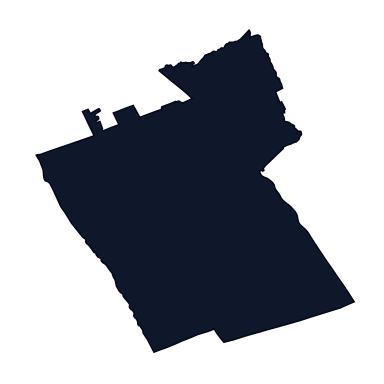 Bac Lieu, Bạc Liêu, Vietnam (orthographic projection), rotated 85°
{"feature_id": "81297802B6284379291034", "entity_name": "Bac Lieu", "entity_type": "district", "adm_level": 2, "iso_a3": "VNM", "parent_name": "Vietnam", "parent_adm1": "Bạc Liêu", "projection": "orthographic", "projection_center": [105.722, 9.268], "detail": "fine", "context": "isolated", "style": "filled", "palette": "ink", "viewbox_px": 384, "rotation_deg": 85, "n_neighbors": 0, "source": "geoboundaries", "source_scale": "gbopen_adm2", "svg_char_len": 5837}
<svg xmlns="http://www.w3.org/2000/svg" viewBox="0 0 384 384"><g transform="rotate(85 192 192)"><path d="M348.3,243.8L347.7,242.1L343.6,227.2L342.1,222.5L339.3,214.3L336.3,204.2L334.6,199.2L332.2,187.9L330.4,181.5L332.1,181.0L336.0,178.9L344.5,173.4L343.1,165.2L343.1,164.6L340.5,153.2L338.1,141.2L337.2,135.7L336.7,133.9L331.4,105.4L329.1,93.9L326.9,84.5L320.2,53.6L319.5,52.0L315.5,40.0L301.3,47.5L292.8,52.4L290.8,53.6L280.1,59.5L273.5,63.4L254.9,73.6L249.0,76.7L242.4,80.0L239.9,81.7L237.1,84.2L235.8,85.5L234.5,86.6L233.8,87.2L233.0,87.7L231.9,88.2L230.7,88.6L229.7,88.8L225.3,89.2L224.3,89.4L223.1,89.8L221.6,90.4L220.6,91.0L218.8,92.2L215.4,94.8L213.9,96.2L210.4,100.1L209.1,101.3L207.9,102.4L205.8,103.7L201.7,105.4L201.0,105.8L197.5,108.1L196.3,108.6L194.9,109.1L192.4,109.5L191.5,109.8L189.6,110.9L187.8,112.6L185.6,115.1L184.8,116.2L183.8,118.3L183.3,119.1L182.8,119.9L182.3,120.6L180.9,121.8L179.0,122.5L176.8,123.0L176.7,120.0L177.4,119.6L176.5,118.4L175.0,119.3L174.2,118.4L173.4,117.8L173.1,117.3L172.9,117.4L172.7,117.4L167.8,111.2L161.1,103.0L160.9,102.6L157.2,98.0L156.5,97.2L155.4,97.2L154.8,96.1L154.1,94.1L153.4,92.2L152.8,89.2L152.2,88.0L151.8,86.6L151.2,84.3L151.2,83.8L150.3,82.6L149.7,82.0L149.2,81.0L148.7,80.8L146.9,80.1L146.2,79.7L144.5,78.1L144.1,77.9L143.6,77.9L142.3,78.1L141.3,78.2L141.0,78.6L140.9,79.0L140.8,80.2L140.7,80.9L139.9,81.7L139.3,82.1L138.4,82.9L137.4,83.9L137.0,84.2L136.6,84.3L135.9,84.2L135.3,84.2L134.8,84.5L134.3,85.0L132.9,87.4L131.7,88.6L131.1,89.4L130.4,91.1L129.9,93.2L129.6,93.5L129.2,93.7L128.7,93.8L127.3,93.7L125.9,93.8L125.1,94.0L121.4,95.4L121.1,92.8L119.9,92.8L118.4,93.0L117.6,91.9L113.5,93.4L110.0,94.9L110.5,96.7L103.7,98.8L99.5,100.0L97.4,94.9L96.6,92.8L96.0,92.9L94.9,93.1L92.9,93.4L92.0,93.6L90.2,94.4L89.3,94.7L87.2,95.0L86.2,95.7L85.6,96.8L84.5,97.8L84.1,98.0L83.4,98.1L82.6,98.0L81.8,97.8L80.2,97.9L79.7,98.0L79.1,98.3L78.5,98.8L77.3,99.9L76.4,100.3L75.7,100.5L74.9,100.5L73.3,100.8L70.7,101.9L69.6,102.6L69.1,102.8L67.0,102.8L66.4,102.9L65.2,103.3L64.1,104.0L63.2,104.3L62.9,104.3L61.8,104.0L61.4,104.0L61.1,104.2L59.9,106.0L59.3,106.4L58.8,106.7L57.6,107.0L57.1,107.3L56.1,108.2L55.7,108.7L55.4,108.7L54.5,109.0L53.5,109.2L52.9,109.2L51.6,109.1L51.0,109.2L50.5,109.2L49.0,109.8L46.4,110.0L44.6,110.4L43.7,110.5L43.1,110.3L42.3,111.1L41.6,112.0L41.4,112.5L41.3,113.4L41.4,114.1L42.2,117.8L42.9,120.4L42.8,120.6L42.6,120.7L41.5,120.6L40.1,120.4L38.8,120.0L35.9,120.8L35.7,121.0L42.4,128.5L44.1,130.5L44.5,131.3L45.8,133.8L45.9,134.7L45.8,135.9L46.0,136.3L46.4,137.4L46.3,138.8L46.3,140.0L46.2,140.7L46.0,141.2L46.0,141.5L46.1,141.8L46.8,142.5L47.0,142.9L47.3,143.6L47.5,144.7L47.7,145.0L48.5,145.9L49.5,146.6L50.5,147.0L51.0,147.5L51.2,147.8L51.4,148.1L51.4,148.5L51.1,149.5L51.0,149.9L51.1,150.5L52.2,151.6L52.3,152.0L52.4,153.0L52.7,153.7L53.0,153.9L53.7,154.3L54.2,154.8L54.4,155.2L54.4,156.1L53.8,157.5L53.7,158.0L53.7,158.5L54.0,159.2L55.5,161.5L55.6,162.0L55.7,163.3L55.8,163.7L56.3,164.5L56.4,164.8L56.6,166.2L56.8,166.6L56.9,167.0L57.6,167.6L59.1,168.7L60.3,170.0L60.8,170.7L61.7,171.7L63.2,173.0L64.3,174.1L65.2,175.3L65.5,175.9L66.3,178.7L67.0,180.0L66.9,180.6L66.7,180.8L66.4,180.9L65.6,180.5L65.1,180.2L64.2,178.8L63.9,178.6L63.6,178.6L63.3,178.8L62.5,179.4L62.4,179.7L62.5,180.4L63.2,182.4L63.2,183.1L62.8,185.7L62.3,186.8L62.3,187.0L62.6,187.5L62.7,187.9L62.4,189.0L62.5,190.0L62.5,190.4L62.4,190.7L61.7,191.4L61.6,191.7L62.4,192.4L62.6,192.7L62.7,193.0L62.8,194.0L63.2,194.6L64.3,195.5L64.4,195.8L64.6,196.7L65.2,197.4L65.7,198.2L66.0,199.1L66.1,199.4L66.0,200.1L65.9,200.5L65.7,200.8L65.2,201.1L64.3,201.5L63.9,201.8L63.7,202.0L63.6,202.3L63.6,202.7L63.8,203.4L63.9,204.1L63.9,204.5L63.4,205.6L63.4,206.4L63.5,206.8L63.8,207.1L64.3,207.5L65.8,208.1L66.0,208.3L66.3,208.7L66.3,209.4L66.5,210.2L67.0,211.4L67.1,212.1L67.2,213.4L68.3,214.2L71.6,210.9L75.0,207.4L81.8,200.5L88.6,193.4L93.1,188.9L98.9,183.7L100.3,187.3L101.2,189.8L102.3,192.9L102.3,193.2L102.3,193.9L101.6,195.6L101.3,195.9L100.7,196.5L100.4,196.9L100.3,197.3L100.2,197.6L100.3,198.0L100.5,198.4L100.6,198.9L100.7,199.5L100.4,200.5L102.5,207.4L103.9,212.6L104.5,214.6L104.9,214.9L105.4,215.0L106.9,215.0L107.7,217.7L108.5,220.9L109.3,223.9L112.6,235.8L113.1,237.5L104.4,241.3L102.2,242.4L100.6,243.0L103.9,254.9L104.7,257.3L106.4,263.5L112.1,261.4L118.5,258.9L119.5,262.4L121.3,268.8L123.5,275.6L121.4,276.3L121.2,275.7L120.6,275.8L113.7,277.6L113.7,277.8L113.8,278.2L114.5,280.5L114.5,281.0L114.0,281.3L112.9,281.6L112.6,281.5L112.1,279.9L111.9,279.4L111.6,279.0L111.3,278.8L110.6,278.5L108.9,278.8L108.5,279.5L108.4,280.8L108.5,281.7L108.3,282.1L107.7,282.2L107.0,282.0L106.3,281.5L105.6,280.8L103.7,277.1L103.3,276.4L103.0,276.3L102.4,276.5L101.1,277.2L100.9,277.6L101.2,278.5L104.0,284.4L104.9,286.1L104.9,286.3L104.4,286.7L100.6,288.3L101.0,289.7L102.4,294.0L104.6,293.2L106.4,292.5L115.7,289.1L127.4,284.6L128.9,290.2L130.6,297.0L131.4,300.0L132.5,304.7L133.2,307.3L134.3,311.9L134.9,314.2L135.5,316.8L138.8,330.0L141.1,338.6L141.4,339.7L141.4,342.7L141.8,344.0L147.8,341.0L157.4,338.3L162.7,338.4L166.1,338.1L168.0,337.2L169.2,334.6L171.1,332.8L175.6,330.9L195.5,323.8L200.9,320.6L212.8,314.6L227.3,304.9L229.0,303.1L229.2,301.9L229.7,301.7L230.6,302.1L232.5,302.2L234.1,301.5L236.1,299.4L240.1,296.9L243.4,295.1L244.5,293.3L246.6,292.7L248.7,291.3L250.1,288.6L251.4,288.2L252.4,288.5L254.4,287.2L256.1,285.0L257.6,283.6L261.8,281.3L265.8,278.7L269.9,277.7L272.8,276.3L279.3,275.4L284.5,273.1L286.3,271.5L287.1,270.3L288.5,269.6L289.5,269.7L291.4,268.7L297.3,264.5L299.2,263.9L300.5,264.4L301.8,264.3L303.2,263.4L304.6,261.8L306.6,260.5L308.5,260.2L310.0,260.8L311.1,260.6L312.1,260.0L313.5,258.6L314.9,257.9L317.2,257.3L318.5,257.5L320.3,257.0L320.8,255.6L323.6,254.0L325.7,253.1L328.5,252.9L334.7,249.4L348.3,243.8Z" fill="#0f172a" stroke="#020617" stroke-width="1.5"/></g></svg>